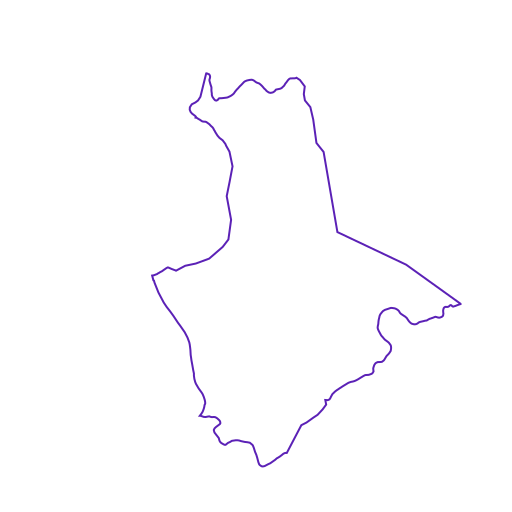 Bosquet D'Or, Dennery, Saint Lucia, rotated 233°
{"feature_id": "8701671B26596683393313", "entity_name": "Bosquet D'Or", "entity_type": "district", "adm_level": 2, "iso_a3": "LCA", "parent_name": "Saint Lucia", "parent_adm1": "Dennery", "projection": "albers", "projection_center": [-60.913, 13.929], "detail": "fine", "context": "isolated", "style": "outline", "palette": "violet", "viewbox_px": 512, "rotation_deg": 233, "n_neighbors": 0, "source": "geoboundaries", "source_scale": "gbopen_adm2", "svg_char_len": 6031}
<svg xmlns="http://www.w3.org/2000/svg" viewBox="0 0 512 512"><g transform="rotate(233 256 256)"><path d="M162.2,115.0L161.7,115.6L158.9,117.5L157.7,118.9L156.8,120.8L156.1,122.1L154.5,123.2L153.8,123.9L152.7,125.6L151.6,126.6L149.8,127.3L147.2,127.8L145.6,127.8L144.0,127.0L143.5,126.0L143.5,124.1L143.5,121.1L143.3,119.3L142.8,118.2L142.6,117.8L142.3,117.5L140.6,116.8L139.9,116.6L133.0,116.7L131.5,116.1L130.5,115.7L129.3,115.5L127.6,115.7L125.0,116.8L124.0,117.4L123.5,118.1L123.6,121.2L123.1,123.3L122.9,125.5L121.1,128.8L120.1,130.2L118.8,131.5L117.1,132.7L114.3,135.1L112.5,137.0L110.6,138.7L107.2,139.5L106.3,139.4L104.1,138.8L100.2,137.4L97.0,136.6L94.0,135.5L89.9,133.8L87.8,133.2L86.9,133.2L85.0,133.8L84.2,134.3L83.5,135.4L83.0,136.6L82.4,140.4L81.9,142.6L81.7,148.7L81.9,150.8L81.7,152.1L81.5,154.3L81.5,156.5L81.6,158.9L81.4,159.9L81.2,160.6L81.1,160.9L80.2,162.1L93.6,190.4L92.6,196.1L92.4,204.7L92.1,209.6L93.4,216.9L95.1,222.6L99.3,224.7L97.9,226.3L97.7,226.6L97.6,226.9L97.4,227.7L97.3,228.4L97.4,228.8L97.6,229.4L98.0,230.3L98.4,231.0L99.6,233.6L99.8,234.3L99.9,235.5L100.1,236.8L100.2,237.9L100.2,239.8L100.1,241.1L100.0,243.6L99.9,244.3L99.8,246.3L99.6,248.5L99.4,250.4L99.2,252.7L99.0,253.9L98.6,255.2L98.3,256.1L97.6,257.5L97.1,258.7L96.8,259.6L96.4,261.4L96.1,263.4L95.8,266.8L95.7,267.6L95.5,269.7L95.2,271.4L94.9,272.0L93.9,273.5L93.7,273.8L93.3,274.4L93.0,275.2L92.4,277.2L92.3,277.5L92.4,278.7L92.5,279.0L93.0,280.2L93.2,280.5L94.2,281.0L95.1,281.6L95.7,282.0L96.2,282.6L97.6,284.6L97.8,285.0L98.2,286.1L98.3,286.5L98.4,286.8L98.4,287.2L98.4,287.6L98.2,288.4L98.2,288.8L98.1,289.2L97.9,289.5L97.0,290.8L96.5,291.5L95.9,292.5L95.7,292.9L95.7,295.1L95.8,295.5L96.0,296.2L97.3,299.4L97.6,300.2L97.7,301.0L98.0,303.0L98.3,304.1L98.6,305.1L98.8,305.4L99.0,306.2L99.2,306.5L100.5,307.9L101.2,308.5L101.6,308.8L102.2,309.2L102.6,309.4L102.9,309.6L103.7,309.8L104.0,309.9L106.7,309.9L107.4,309.8L108.5,309.5L110.2,309.0L111.5,308.6L113.5,308.4L114.6,308.4L116.2,308.2L117.2,308.2L118.5,308.3L119.1,308.5L119.4,308.5L122.1,308.9L123.9,309.3L124.7,309.6L125.4,309.9L126.1,310.5L127.0,311.4L127.9,312.5L128.3,312.9L129.1,313.6L130.1,314.5L131.1,315.5L132.5,317.2L133.2,318.0L133.8,318.7L134.1,319.2L134.3,319.6L134.6,320.2L134.8,320.8L135.4,323.2L135.6,324.3L135.4,326.5L135.1,327.4L134.3,329.7L133.8,331.3L133.5,332.1L133.4,332.4L133.1,332.8L132.6,333.4L130.9,335.1L130.2,335.6L129.9,335.8L128.6,336.4L127.8,336.7L126.9,336.9L126.2,337.0L125.7,337.0L124.3,336.8L123.9,336.8L122.8,336.9L121.6,337.3L119.3,338.1L118.0,338.6L116.1,339.0L115.6,339.1L114.8,339.0L114.3,339.0L112.9,338.9L111.9,338.9L110.6,339.0L109.1,339.3L108.3,339.6L108.0,339.8L106.7,340.8L106.1,341.4L105.7,342.0L105.3,342.7L105.1,343.5L105.0,343.8L104.9,344.7L105.0,345.9L104.9,346.3L104.8,346.6L104.7,346.9L104.7,347.2L103.3,350.3L102.6,352.0L102.4,352.4L102.0,353.1L101.8,353.4L101.7,353.8L101.7,354.4L101.4,356.5L101.3,357.0L100.9,357.9L100.7,358.8L100.4,359.5L99.6,362.4L99.4,362.8L99.1,363.0L98.4,363.6L97.7,364.0L96.8,364.9L96.6,365.0L96.2,365.7L95.6,367.6L95.6,368.0L95.7,369.2L95.8,369.5L97.2,371.0L98.3,371.6L99.2,372.2L99.9,372.7L100.8,373.7L101.2,374.3L101.4,374.6L101.5,375.0L101.6,375.6L101.5,376.0L101.5,376.4L101.3,376.8L100.6,377.6L100.1,378.3L99.8,378.9L99.7,379.7L99.7,380.1L99.8,381.1L99.8,381.5L99.7,381.8L99.5,382.1L99.1,382.3L98.7,382.4L98.0,382.5L97.6,382.6L97.3,382.7L96.9,383.0L96.8,383.4L96.1,385.2L95.9,386.0L95.7,386.8L94.9,389.4L94.5,390.4L94.8,390.6L158.7,370.7L226.1,335.4L298.4,372.6L309.9,372.3L330.5,383.8L342.2,389.0L350.8,388.7L356.5,391.6L362.1,397.0L370.1,397.0L374.0,395.6L374.1,394.9L374.7,393.7L376.6,391.1L377.2,390.2L377.4,389.1L377.2,387.5L376.8,386.1L376.3,384.5L376.1,383.4L375.2,381.2L375.0,380.3L374.9,378.9L374.7,377.5L374.9,376.7L374.9,376.4L375.3,375.4L376.6,372.7L376.9,371.8L376.5,370.9L376.4,369.2L376.4,368.5L376.8,367.2L377.6,365.7L378.8,364.7L380.1,364.2L381.4,363.8L382.2,363.7L383.1,363.7L385.0,363.3L386.1,363.3L388.5,363.1L390.2,362.8L391.8,362.4L394.3,360.8L395.5,360.4L397.1,360.0L398.2,359.5L398.7,359.2L399.4,358.6L400.5,356.8L401.6,354.4L402.1,352.6L402.2,351.4L402.0,350.1L401.8,349.0L401.5,347.2L401.3,345.4L401.0,343.8L400.7,342.5L400.5,340.9L400.2,339.7L399.9,338.4L399.5,337.2L399.1,336.0L399.0,334.6L399.0,332.9L399.3,330.8L399.6,329.6L399.7,328.9L400.2,327.8L402.4,324.0L403.5,322.4L404.1,321.5L404.1,320.8L403.8,320.0L403.7,319.2L403.9,318.0L404.7,317.2L405.3,317.0L406.4,316.9L407.1,316.9L409.3,317.0L410.3,317.3L411.3,317.7L412.2,318.4L412.9,318.8L414.2,319.5L415.3,320.2L416.8,321.4L417.7,322.0L420.4,322.9L424.0,324.3L424.9,325.0L426.0,326.5L426.9,327.3L427.7,327.7L428.7,327.9L429.3,327.9L430.0,327.4L430.7,327.1L431.6,326.5L431.8,326.1L416.6,307.4L415.1,303.3L415.1,300.0L415.8,296.0L414.6,292.7L412.7,291.1L410.5,290.5L408.3,290.6L404.5,291.7L403.5,291.8L402.9,291.0L402.1,291.8L400.1,292.5L398.8,293.1L396.1,294.0L395.5,294.4L394.7,295.2L393.8,296.3L392.8,297.0L389.2,298.1L387.8,298.2L386.5,298.4L385.0,298.7L383.4,298.7L382.4,298.4L380.8,298.3L379.1,298.0L377.7,297.9L376.6,297.8L375.3,297.7L372.3,297.9L368.5,299.0L364.0,299.0L362.0,298.5L355.3,297.6L341.7,291.2L330.9,279.3L321.4,268.6L299.9,257.9L285.8,243.9L283.3,234.9L282.1,217.0L286.2,203.4L290.8,193.6L292.4,183.3L292.8,183.2L293.9,182.4L295.2,181.6L296.6,180.7L297.8,180.1L298.5,179.6L299.4,179.2L300.0,178.6L300.2,177.4L300.3,176.4L300.3,175.6L300.4,173.8L300.4,171.9L300.8,169.7L300.9,168.4L301.1,167.4L301.1,166.2L301.6,164.5L302.1,162.8L302.9,161.3L298.3,159.4L297.7,159.7L295.8,158.9L285.5,156.1L274.4,154.3L269.1,154.0L263.5,154.1L258.0,154.0L249.6,153.5L246.1,153.5L238.1,153.2L232.1,152.2L227.1,150.7L225.2,149.8L222.7,148.4L220.5,147.1L216.3,144.3L214.1,143.1L211.6,141.7L206.8,139.3L202.7,137.2L199.5,135.7L197.8,134.4L194.9,132.8L191.9,131.6L190.0,131.1L184.8,130.5L179.5,130.4L177.6,130.2L174.9,129.5L172.3,128.6L170.7,127.9L169.5,127.2L168.6,126.5L168.0,125.3L167.7,125.0L166.4,123.6L165.2,122.0L163.8,119.8L162.9,117.5L162.2,115.0Z" fill="none" stroke="#5b21b6" stroke-width="2"/></g></svg>